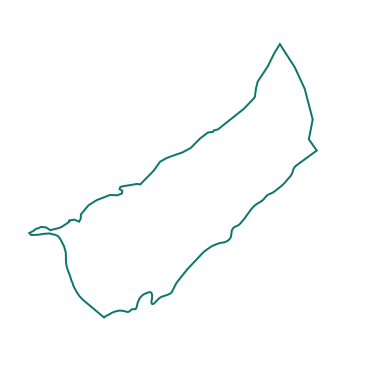 Qarah, Hajjah, Yemen (Equal Earth projection), rotated 55°
{"feature_id": "15242507B20225444371684", "entity_name": "Qarah", "entity_type": "district", "adm_level": 2, "iso_a3": "YEM", "parent_name": "Yemen", "parent_adm1": "Hajjah", "projection": "equal_earth", "projection_center": [43.48, 16.353], "detail": "fine", "context": "isolated", "style": "outline", "palette": "teal", "viewbox_px": 384, "rotation_deg": 55, "n_neighbors": 0, "source": "geoboundaries", "source_scale": "gbopen_adm2", "svg_char_len": 3420}
<svg xmlns="http://www.w3.org/2000/svg" viewBox="0 0 384 384"><g transform="rotate(55 192 192)"><path d="M121.3,35.2L125.5,45.0L132.6,58.0L139.3,75.0L144.0,80.3L150.3,86.1L151.0,88.8L153.6,101.8L153.6,102.1L155.6,134.8L154.1,138.6L154.8,140.2L153.4,142.9L152.4,144.8L152.7,151.7L152.8,154.8L155.2,167.8L154.1,177.0L151.0,187.9L150.8,188.6L149.4,194.8L149.4,195.1L148.9,200.9L152.5,210.9L154.2,219.9L155.5,227.0L156.2,230.1L155.2,230.9L153.8,232.4L152.1,236.1L150.7,239.1L147.9,244.7L146.8,247.8L148.0,249.7L150.9,248.4L153.0,250.2L152.4,252.9L151.9,255.0L147.4,260.9L144.9,271.1L144.0,274.7L143.5,284.3L144.4,287.6L146.6,295.8L150.1,298.5L151.5,301.5L147.1,304.3L147.0,304.5L145.4,307.8L144.9,308.5L144.9,309.2L145.2,309.5L145.6,309.2L145.9,309.3L146.0,309.7L145.9,318.2L145.3,321.3L145.2,321.7L141.9,330.0L137.5,331.7L133.9,335.8L133.9,336.1L133.5,339.2L132.7,340.6L132.9,344.2L132.3,348.8L134.8,348.5L136.6,346.0L138.4,343.2L139.8,340.4L141.1,337.7L142.1,336.0L142.7,335.0L143.6,333.5L144.3,332.4L145.6,331.3L146.1,330.8L146.4,330.6L147.4,329.8L147.8,329.4L148.4,328.8L149.0,328.4L150.8,327.4L151.4,327.1L153.2,326.9L154.3,326.9L155.0,326.9L155.9,327.0L156.9,327.1L158.6,327.3L159.7,327.5L161.3,327.7L162.4,327.8L163.9,328.3L164.9,328.6L166.7,329.2L169.3,330.2L171.6,331.7L174.1,333.4L176.2,334.8L176.4,335.0L179.2,336.4L181.9,337.7L184.9,338.6L187.4,339.2L190.2,339.9L190.5,340.0L192.8,340.7L195.4,341.6L198.0,342.0L198.6,342.2L200.5,342.9L203.4,343.4L206.7,343.7L207.2,343.8L209.2,343.9L209.7,343.9L213.0,343.9L217.3,343.3L227.0,340.7L244.4,336.0L244.4,335.9L244.2,333.8L244.2,333.3L244.6,331.5L245.0,327.0L245.5,324.4L246.7,321.3L247.7,319.1L249.5,317.0L251.1,315.4L252.4,314.5L253.1,313.8L253.5,313.3L253.8,312.4L253.9,311.3L253.7,310.5L253.7,310.4L253.6,309.7L253.6,308.9L253.8,308.0L254.5,306.9L255.3,306.2L255.5,305.6L255.5,305.1L255.1,304.4L254.5,303.3L252.6,301.2L251.7,300.2L251.3,299.7L250.0,297.5L249.0,295.6L248.3,293.1L248.1,291.1L248.5,288.3L249.0,285.9L249.8,284.0L250.3,283.5L251.2,283.2L252.1,283.2L253.7,283.9L254.4,284.4L255.2,284.9L257.0,286.5L258.3,288.0L259.3,288.7L260.2,288.8L260.6,288.8L261.0,288.8L261.3,288.3L261.5,287.6L261.5,286.6L260.6,281.9L260.2,279.8L260.3,277.4L261.1,274.5L261.8,272.4L262.2,270.8L262.6,269.0L262.7,267.5L262.4,265.9L261.6,264.5L259.7,260.9L259.2,260.1L259.1,259.9L258.4,258.5L257.6,256.9L256.8,254.6L252.8,240.8L252.5,239.6L248.0,217.8L247.8,216.0L247.7,213.7L247.7,213.3L247.7,211.6L247.7,209.6L247.7,207.8L247.9,205.8L248.4,203.8L248.8,201.8L249.3,200.1L249.9,198.2L250.6,196.6L251.0,195.9L251.6,194.9L252.1,193.1L252.4,191.2L252.3,189.2L251.8,187.4L251.1,185.9L249.8,184.7L248.7,183.5L247.5,182.6L246.3,181.3L245.5,179.9L245.0,177.9L245.3,176.0L245.7,174.1L245.8,172.3L245.5,170.5L245.0,168.8L244.6,166.7L244.0,164.8L243.3,162.7L242.7,161.1L242.1,159.3L241.5,157.6L240.9,155.7L240.3,154.0L239.8,152.2L239.7,151.7L239.4,150.4L239.1,148.5L239.0,146.6L239.0,144.7L239.2,142.8L239.3,141.0L239.3,139.1L239.0,137.2L238.5,135.4L238.0,133.5L237.8,131.7L238.1,129.8L238.5,128.0L238.8,126.0L238.8,124.2L238.8,122.3L238.6,120.4L238.5,118.4L238.4,116.5L238.3,114.7L238.0,112.8L237.7,110.9L237.2,109.1L236.7,107.3L236.3,105.5L235.8,103.4L235.4,102.1L235.2,101.5L234.4,99.8L233.4,98.2L232.2,96.8L231.2,95.4L230.4,93.5L230.1,91.6L229.6,66.0L215.9,66.1L201.8,51.5L176.2,42.0L172.2,40.5L148.9,36.3L130.6,35.6L121.3,35.2Z" fill="none" stroke="#0f766e" stroke-width="2"/></g></svg>